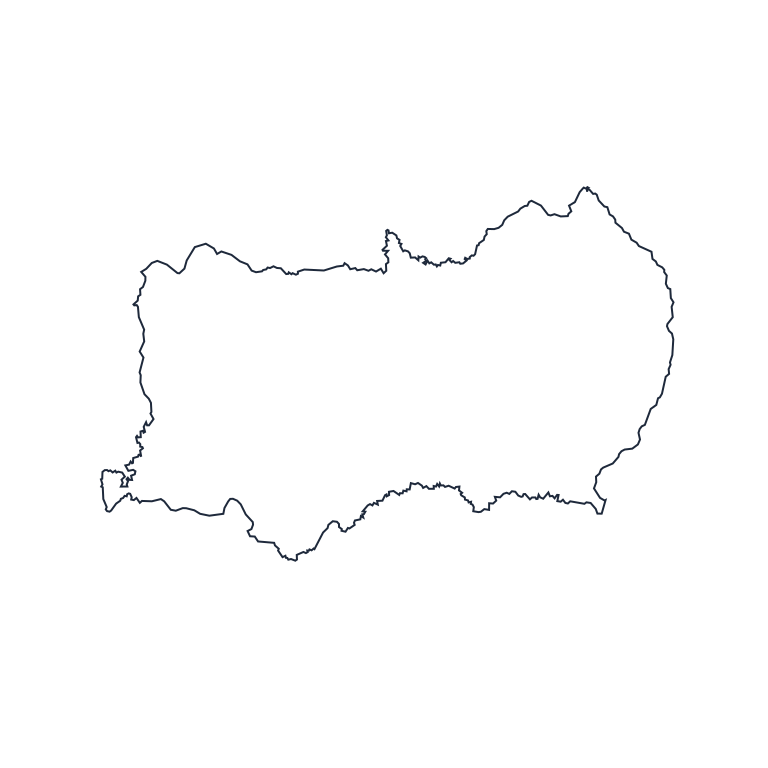 Ngada, Nusa Tenggara Timur, Indonesia, rotated 255°
{"feature_id": "22746128B33181363193361", "entity_name": "Ngada", "entity_type": "district", "adm_level": 2, "iso_a3": "IDN", "parent_name": "Indonesia", "parent_adm1": "Nusa Tenggara Timur", "projection": "albers", "projection_center": [120.974, -8.65], "detail": "fine", "context": "isolated", "style": "outline", "palette": "slate", "viewbox_px": 768, "rotation_deg": 255, "n_neighbors": 0, "source": "geoboundaries", "source_scale": "gbopen_adm2", "svg_char_len": 6147}
<svg xmlns="http://www.w3.org/2000/svg" viewBox="0 0 768 768"><g transform="rotate(255 384 384)"><path d="M202.4,560.7L214.6,568.0L214.4,566.9L218.1,563.2L228.8,559.8L234.2,563.6L239.7,564.8L241.6,568.8L245.3,571.5L246.5,574.1L248.0,584.4L252.9,591.6L255.4,592.9L257.6,596.0L258.4,599.5L257.3,607.1L259.9,613.6L264.1,616.9L271.0,617.2L274.3,619.3L276.4,622.0L277.0,625.4L290.9,635.2L293.3,641.6L299.3,645.0L299.7,647.0L302.7,650.0L318.1,658.0L320.0,662.0L324.7,662.8L328.4,665.8L330.8,665.8L337.3,670.0L352.3,675.0L358.2,675.2L361.6,673.0L366.6,672.3L368.6,673.3L373.8,680.2L384.1,681.8L388.0,684.8L392.7,683.3L401.6,685.1L403.2,683.0L407.9,682.2L415.6,685.2L419.6,683.6L421.8,684.3L424.7,682.9L428.3,678.9L432.0,678.3L435.3,675.7L442.5,676.6L451.3,665.9L455.1,664.6L459.4,660.3L465.8,659.5L469.0,655.2L473.1,654.2L479.9,649.3L482.9,649.9L486.6,648.6L489.4,645.8L497.0,645.5L498.4,642.8L505.7,638.9L511.8,638.5L513.3,637.3L513.5,635.2L518.6,632.7L519.2,631.0L517.2,629.9L520.3,630.5L520.7,632.2L521.5,631.4L520.4,629.7L522.0,627.8L521.4,626.7L518.7,622.7L510.3,615.5L508.4,608.9L502.3,609.6L500.7,606.3L498.6,605.0L500.1,598.1L503.9,592.6L503.7,588.6L504.9,586.3L515.7,581.8L522.8,573.9L522.3,571.3L519.1,568.6L519.5,566.0L518.1,561.1L515.9,558.2L513.6,546.8L511.0,542.5L507.1,539.4L505.2,535.1L505.1,530.5L506.9,524.4L505.2,522.4L502.1,522.0L500.4,519.3L497.3,517.7L495.4,512.3L493.6,511.3L493.7,509.7L485.8,505.6L484.7,503.7L485.5,502.1L484.4,499.7L483.0,499.3L483.2,496.8L484.9,495.1L483.8,494.3L481.9,495.7L480.0,491.6L480.4,488.8L482.1,488.3L482.6,484.2L484.9,482.6L484.1,480.8L487.0,479.2L487.8,480.6L488.7,479.1L485.7,474.9L486.4,470.3L483.9,469.0L485.0,466.9L483.9,465.5L486.1,464.9L486.3,463.1L489.3,461.1L488.8,459.0L491.9,458.0L488.7,455.1L490.9,453.2L492.1,456.8L493.9,456.1L494.6,457.3L496.2,456.2L497.3,454.2L496.7,451.7L498.2,450.4L494.6,449.2L498.2,446.8L499.1,442.6L503.6,442.7L505.9,441.5L507.7,438.7L507.2,436.9L513.1,435.4L514.8,437.1L516.3,434.9L519.2,436.3L521.3,434.3L524.3,434.4L528.0,431.1L528.3,427.8L531.2,428.1L532.0,427.2L531.3,425.7L526.9,425.3L525.3,423.8L521.5,425.4L521.6,422.9L516.8,422.6L514.0,417.3L513.0,417.5L511.6,422.4L508.9,418.5L504.4,420.6L500.4,419.7L499.3,416.9L492.8,415.5L491.1,412.3L496.2,410.8L494.7,405.4L498.1,401.4L497.4,398.3L500.2,394.3L500.8,387.6L503.4,386.3L503.6,381.1L507.9,379.8L510.9,377.2L508.8,375.3L509.7,368.9L509.2,355.3L515.2,336.6L514.8,329.9L512.8,329.4L512.4,327.2L514.7,324.4L514.0,323.0L516.5,320.9L515.2,320.0L515.5,318.0L522.5,314.3L523.8,310.6L526.3,307.7L525.5,304.0L526.6,301.7L525.2,299.9L525.4,296.8L524.4,295.3L525.1,289.3L527.8,285.5L534.9,283.1L539.8,276.6L548.2,270.1L554.1,261.2L552.8,256.4L558.9,254.8L565.6,248.2L565.2,236.7L554.4,225.4L547.1,221.1L543.9,215.0L544.6,213.2L555.5,205.2L561.6,196.9L561.0,191.0L556.8,184.2L555.1,178.5L549.3,181.3L545.5,180.2L540.1,176.3L538.7,172.9L533.2,171.8L532.3,169.2L528.3,167.7L525.7,162.6L524.6,163.1L524.2,165.6L522.2,166.3L512.0,164.5L498.6,166.4L494.8,164.5L487.2,163.4L478.6,156.4L471.8,158.5L458.4,150.9L455.5,151.3L448.5,149.1L436.1,150.0L430.7,153.0L426.1,154.0L417.2,152.1L415.9,150.8L409.8,152.3L404.9,146.3L405.4,144.5L408.7,144.3L404.8,140.8L399.6,140.8L399.2,139.2L401.2,139.1L401.1,136.5L395.6,135.3L396.1,132.6L397.8,132.0L396.8,130.7L390.9,130.6L390.9,132.1L389.0,133.0L386.6,132.3L385.6,134.3L384.3,134.5L382.9,131.2L376.7,130.7L379.1,129.7L379.1,128.6L377.5,127.6L377.4,122.6L372.8,121.1L372.6,120.1L374.7,119.2L372.1,116.9L372.3,113.1L366.3,114.6L366.0,119.5L364.0,121.3L361.3,119.9L360.9,116.0L356.5,115.8L357.3,113.4L359.8,112.3L358.7,110.7L356.4,111.6L353.5,109.5L351.4,109.6L353.0,103.3L356.1,106.1L359.5,105.7L361.6,109.7L366.2,108.2L368.1,104.6L367.7,102.6L369.8,102.0L368.8,99.0L371.4,97.3L371.1,95.3L372.5,94.3L373.1,92.0L371.9,89.3L365.4,87.3L365.2,85.9L359.9,86.1L358.1,84.3L357.0,85.6L345.5,83.1L336.9,84.3L334.9,82.8L332.9,83.6L331.7,85.9L332.4,87.7L337.8,94.3L339.5,99.0L341.2,100.1L341.4,102.5L343.1,104.5L342.1,106.4L344.0,107.4L344.4,109.1L343.6,110.4L340.0,111.0L337.8,109.9L336.6,112.3L338.0,115.4L332.4,117.4L333.7,119.9L330.8,129.4L330.6,138.7L327.6,141.3L317.7,145.5L315.5,150.1L316.2,157.5L315.2,160.8L311.1,168.1L306.2,172.8L302.0,181.2L300.2,195.2L305.5,197.8L310.9,203.1L312.8,205.7L312.2,208.4L309.3,212.0L304.8,214.5L293.8,216.7L284.6,221.5L282.0,221.1L278.2,218.4L277.3,214.2L271.6,215.2L270.1,219.7L264.5,221.6L259.0,236.8L256.3,236.9L252.1,239.7L250.5,238.6L243.0,241.2L243.6,244.3L241.5,244.3L241.0,245.6L239.1,246.1L239.0,248.9L236.3,252.6L237.0,254.5L241.5,255.5L242.6,262.7L240.9,264.8L241.4,266.8L243.0,266.8L242.5,268.3L243.5,269.2L242.1,271.0L243.3,273.5L242.5,274.1L256.3,286.7L259.4,292.2L262.3,293.8L264.7,299.0L263.1,302.9L260.4,304.3L257.5,303.5L254.8,305.7L253.2,305.0L251.3,308.6L254.3,311.9L253.4,313.2L255.5,319.2L257.7,319.1L259.7,320.6L259.4,326.1L262.4,327.5L260.4,329.4L263.7,329.3L263.5,330.9L265.5,332.9L266.5,330.5L270.9,336.8L271.6,339.4L269.7,341.4L271.8,343.5L269.1,346.8L272.8,347.1L271.7,352.3L276.3,356.2L276.7,357.8L274.8,357.6L275.4,360.2L278.6,360.9L278.2,365.5L272.9,370.0L274.4,371.1L273.6,373.7L276.0,375.1L274.5,378.0L276.4,378.7L275.5,381.5L281.3,384.3L279.1,388.1L279.6,391.2L276.0,394.3L273.5,394.9L274.4,398.5L271.1,400.3L269.9,405.0L272.6,405.6L271.5,407.7L273.7,409.5L270.8,410.7L273.4,412.2L271.3,412.6L270.7,415.2L268.8,416.3L269.0,420.1L264.7,425.2L265.9,426.8L265.4,430.3L261.8,428.9L258.7,431.3L257.9,429.6L256.5,429.8L253.5,432.7L251.4,432.3L249.8,435.0L247.7,435.1L247.7,437.6L245.7,436.8L244.6,438.3L241.8,438.9L238.0,437.3L235.8,442.1L235.5,444.5L237.2,448.5L235.2,452.9L241.6,454.7L240.3,458.4L242.3,462.2L246.3,461.9L244.5,466.8L247.0,471.0L247.2,474.4L245.4,476.6L247.3,479.8L245.9,483.0L241.5,484.8L239.5,487.3L239.5,488.8L241.5,490.3L241.2,491.9L234.8,495.1L236.1,497.6L235.2,500.9L233.5,501.3L233.3,502.6L237.0,504.7L234.1,505.5L232.0,508.1L236.7,514.7L232.6,515.2L232.3,517.8L229.4,519.2L232.1,522.5L231.6,523.9L226.0,521.1L224.6,524.2L225.9,526.9L222.2,528.4L221.0,530.7L222.5,533.5L216.4,546.6L217.3,548.9L215.6,552.8L208.5,556.2L203.6,556.6L202.4,560.7Z" fill="none" stroke="#1e293b" stroke-width="2"/></g></svg>